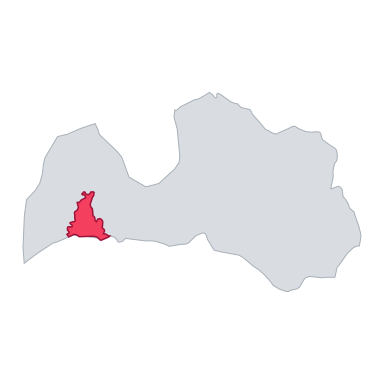 Latvia, with Saldus highlighted
{"feature_id": "LVA-1068", "entity_name": "Saldus", "entity_type": "Municipality", "adm_level": 1, "iso_a3": "LVA", "parent_name": "Latvia", "parent_adm1": "", "projection": "orthographic", "projection_center": [22.32, 56.635], "detail": "fine", "context": "in_parent", "style": "filled", "palette": "rose", "viewbox_px": 384, "rotation_deg": 0, "n_neighbors": 0, "source": "natural_earth", "source_scale": "10m", "svg_char_len": 3255}
<svg xmlns="http://www.w3.org/2000/svg" viewBox="0 0 384 384"><path d="M288.6,291.6L286.2,291.4L279.3,289.1L273.3,285.5L269.6,280.5L263.3,273.7L259.3,270.2L253.0,265.9L242.5,257.1L238.7,255.1L220.7,251.8L214.1,250.2L207.8,239.9L205.6,233.8L202.7,232.8L199.6,234.2L196.1,235.6L188.4,243.0L185.8,244.1L180.8,244.4L169.3,246.3L163.9,243.8L154.6,241.1L149.6,240.8L145.2,240.9L125.6,238.4L122.1,241.6L118.5,242.2L114.9,237.4L110.6,236.1L105.8,237.8L97.0,238.0L86.6,236.5L73.4,235.3L71.5,235.8L56.8,242.1L53.1,243.0L37.1,253.5L24.2,263.3L23.0,247.3L24.4,215.3L26.6,199.5L35.3,190.4L39.8,183.2L42.4,173.7L43.3,164.8L45.1,157.5L57.6,136.5L67.3,134.3L80.5,128.5L95.1,123.6L98.0,129.8L99.4,134.5L117.3,151.6L121.9,157.4L129.0,177.1L145.8,186.9L158.8,183.5L164.4,178.4L174.6,169.1L179.1,162.4L179.8,156.0L177.2,129.0L174.0,117.3L174.8,109.9L176.6,110.3L180.8,106.6L194.8,99.6L197.7,99.2L200.8,97.7L209.6,92.4L212.6,94.9L215.1,97.8L216.4,97.8L217.0,96.6L216.8,94.7L217.3,93.3L219.9,94.0L230.7,101.7L234.8,103.4L237.5,103.8L241.0,107.5L250.0,109.6L251.2,111.5L252.1,113.9L261.0,123.9L265.0,128.9L272.8,133.2L276.0,134.1L288.7,128.4L292.3,126.5L295.2,126.3L298.5,128.6L305.7,131.6L312.1,132.2L313.2,131.9L318.6,131.8L320.6,133.0L322.3,139.6L328.8,144.3L334.8,148.2L336.4,150.1L337.2,153.9L337.2,158.4L336.7,160.8L334.5,163.7L333.0,170.6L333.2,177.1L330.8,188.6L331.5,188.7L338.3,186.2L340.4,187.2L342.1,189.5L343.1,196.5L345.7,199.5L348.4,204.2L349.5,208.0L354.3,212.2L354.9,215.1L358.5,225.3L360.1,231.3L361.0,235.9L360.1,241.9L359.3,246.0L357.8,245.9L353.9,247.3L347.9,252.6L339.3,264.8L337.0,267.5L335.2,276.4L334.6,277.3L329.0,277.3L327.5,277.2L321.9,277.8L309.6,276.4L304.9,278.2L299.3,287.4L297.0,288.9L289.8,290.5L288.6,291.6Z" fill="#d9dde1" stroke="#a8b0b8" stroke-width="1"/><path d="M79.6,236.7L78.6,236.3L76.9,235.0L76.0,234.6L73.9,234.4L68.7,236.9L68.6,236.7L66.9,234.4L67.2,234.1L67.7,233.6L68.4,233.4L68.9,233.1L69.3,232.5L69.0,232.0L67.4,229.9L67.5,229.0L67.4,228.4L67.5,227.9L68.0,226.8L69.4,226.9L70.0,226.7L70.7,226.8L71.3,227.1L72.1,226.6L72.2,225.4L71.8,224.9L70.4,223.8L70.1,223.4L70.1,222.7L72.4,221.9L74.2,221.6L75.2,220.9L75.4,220.5L75.3,220.0L75.1,219.6L74.9,218.6L74.8,218.1L74.7,217.8L74.8,216.8L74.8,215.0L74.4,212.8L74.8,211.9L75.4,211.3L76.9,210.4L77.4,209.8L77.7,209.1L78.0,208.1L78.4,207.4L78.4,206.9L78.3,206.4L77.7,204.9L77.2,202.4L79.1,202.4L80.3,201.2L81.3,200.0L82.2,199.5L83.8,198.7L84.3,198.3L85.5,198.0L85.5,196.6L84.9,195.7L84.5,195.2L84.0,194.9L83.7,194.8L83.4,194.9L83.0,195.0L82.2,194.5L81.9,194.0L82.1,193.6L83.0,193.0L83.1,192.7L83.8,191.9L84.9,192.1L85.2,192.4L85.3,192.8L85.3,193.2L85.8,193.8L87.8,194.7L89.0,194.4L89.7,193.6L90.2,193.2L90.7,192.1L92.5,191.8L93.4,192.0L94.0,192.4L94.2,192.8L93.9,193.1L93.8,193.5L93.8,194.8L93.7,195.5L93.5,195.9L93.1,196.3L92.8,196.6L92.4,197.6L91.1,201.5L90.2,204.4L91.0,207.3L92.3,208.5L92.7,211.8L93.0,215.7L94.6,217.2L95.2,220.7L96.4,221.7L97.8,219.0L100.1,218.6L101.9,219.9L102.8,221.8L102.3,228.0L104.2,229.5L104.4,230.1L104.5,231.1L104.3,231.7L104.0,232.1L103.5,233.8L105.5,234.0L106.3,234.3L108.0,235.6L109.8,236.0L108.1,237.3L101.5,240.1L100.8,240.2L99.9,239.8L97.9,237.7L96.6,237.0L96.5,236.9L93.5,236.2L79.6,236.7Z" fill="#f43f5e" stroke="#9f1239" stroke-width="1.5"/></svg>